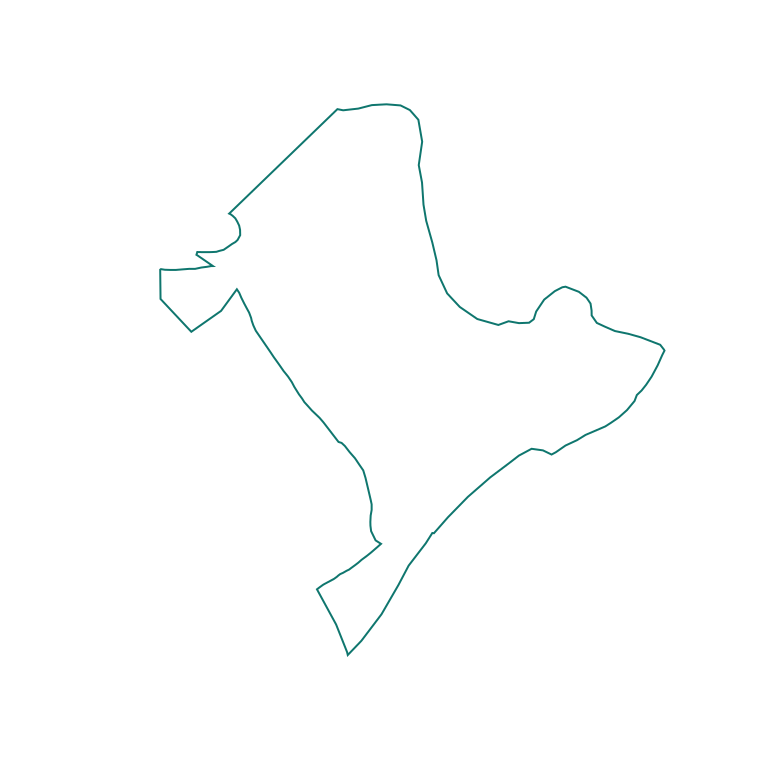 Marisule/East Winds, Gros Islet, Saint Lucia, rotated 291°
{"feature_id": "8701671B58662152175879", "entity_name": "Marisule/East Winds", "entity_type": "district", "adm_level": 2, "iso_a3": "LCA", "parent_name": "Saint Lucia", "parent_adm1": "Gros Islet", "projection": "mercator", "projection_center": [-60.969, 14.054], "detail": "fine", "context": "isolated", "style": "outline", "palette": "teal", "viewbox_px": 768, "rotation_deg": 291, "n_neighbors": 0, "source": "geoboundaries", "source_scale": "gbopen_adm2", "svg_char_len": 2278}
<svg xmlns="http://www.w3.org/2000/svg" viewBox="0 0 768 768"><g transform="rotate(291 384 384)"><path d="M623.9,242.0L487.6,178.4L487.5,179.9L486.8,182.4L485.4,185.8L483.0,188.8L480.0,192.0L476.3,194.4L471.4,196.4L466.0,195.7L463.3,194.4L460.2,191.9L456.6,189.5L451.8,186.2L449.2,182.5L447.3,180.1L445.3,175.6L443.7,171.6L442.1,167.4L440.3,162.4L437.4,162.6L437.1,164.2L432.8,182.0L432.1,180.3L429.9,176.6L427.2,171.6L423.8,166.4L421.8,161.1L418.5,154.2L415.9,148.8L413.7,143.0L412.1,138.4L411.3,134.6L410.5,134.1L383.3,144.9L363.7,185.4L393.9,205.7L419.7,212.7L417.3,216.1L413.4,219.9L409.0,224.7L405.1,229.2L402.3,232.5L398.0,236.3L395.7,237.8L391.9,241.0L387.8,245.2L373.6,265.8L369.5,271.6L364.5,279.2L360.2,285.5L356.6,291.7L352.7,297.3L349.1,301.4L343.9,308.3L341.1,312.7L338.5,316.2L336.4,320.4L333.4,326.2L331.4,331.0L329.3,336.0L326.5,341.2L313.6,362.3L313.8,365.5L312.1,369.7L308.1,376.3L304.3,383.5L299.6,390.2L295.9,395.6L289.7,400.4L279.3,407.5L270.9,413.2L267.2,415.6L262.0,417.6L256.4,418.7L250.3,420.7L246.9,422.1L242.0,424.7L235.0,432.2L233.7,438.5L223.5,433.1L221.5,432.0L217.4,429.6L211.9,426.1L207.9,424.0L204.8,422.1L200.3,419.2L198.2,417.9L196.2,416.0L193.0,413.4L190.8,411.2L188.7,409.9L187.1,409.1L184.2,407.2L176.1,400.2L174.6,399.0L170.9,396.6L168.3,395.0L142.3,425.5L120.5,445.6L118.0,447.3L136.1,454.9L168.2,464.2L201.5,469.5L223.3,472.1L250.3,480.1L262.2,482.5L262.6,484.1L282.6,491.5L308.8,502.8L335.0,516.7L353.7,528.4L365.5,535.6L376.4,545.0L379.0,556.2L378.2,565.7L381.9,568.9L391.6,575.5L400.7,584.3L408.7,590.4L423.7,605.8L429.0,609.7L437.0,615.2L446.7,620.2L457.9,624.0L464.3,624.0L470.2,626.8L477.2,629.0L486.8,631.2L499.6,632.8L510.9,633.4L515.7,633.9L516.4,633.1L519.6,627.8L519.6,617.3L519.6,606.8L518.4,594.0L516.2,580.6L516.7,569.6L517.3,560.8L522.4,553.3L526.9,551.5L533.1,548.0L537.1,542.2L539.9,532.9L539.9,523.6L539.9,518.6L538.2,515.8L531.9,510.2L520.2,503.3L506.2,500.1L498.2,500.6L493.2,497.5L489.2,488.2L487.2,477.8L480.1,469.6L478.1,447.8L483.1,427.1L491.2,410.5L505.2,396.0L518.3,388.7L533.4,378.4L551.5,364.9L565.6,356.6L585.7,347.3L600.8,338.0L623.9,332.8L643.0,321.4L649.0,310.0L650.0,299.6L646.0,286.1L643.2,279.8L640.0,272.7L631.9,261.3L624.9,247.8L623.9,242.0Z" fill="none" stroke="#0f766e" stroke-width="2"/></g></svg>